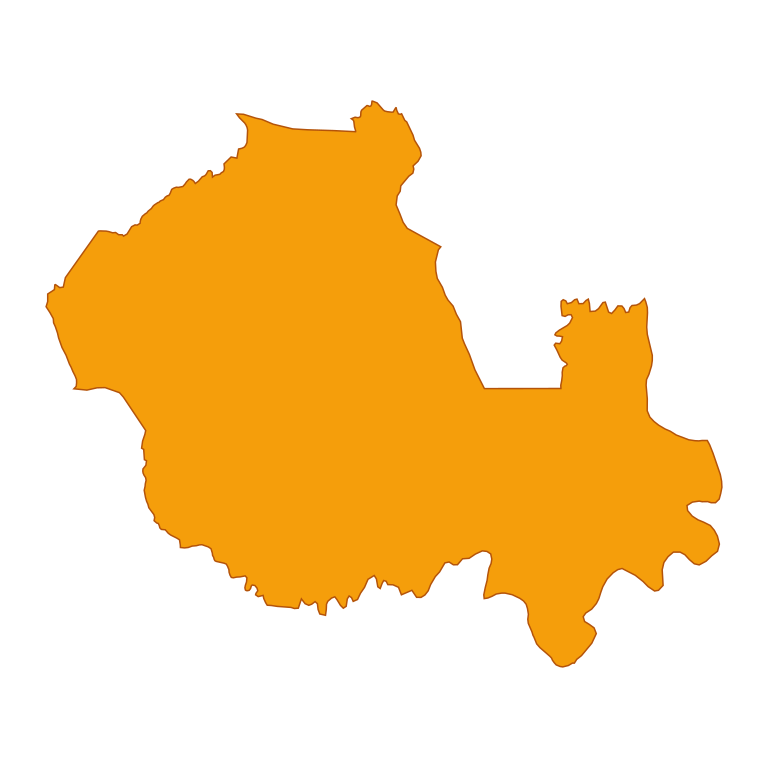 Mecatlán, Veracruz, Mexico
{"feature_id": "50627088B34984367598758", "entity_name": "Mecatlán", "entity_type": "district", "adm_level": 2, "iso_a3": "MEX", "parent_name": "Mexico", "parent_adm1": "Veracruz", "projection": "natural_earth1", "projection_center": [-97.65, 20.21], "detail": "fine", "context": "isolated", "style": "filled", "palette": "amber", "viewbox_px": 768, "rotation_deg": 0, "n_neighbors": 0, "source": "geoboundaries", "source_scale": "gbopen_adm2", "svg_char_len": 6103}
<svg xmlns="http://www.w3.org/2000/svg" viewBox="0 0 768 768"><path d="M574.4,663.1L576.7,659.4L581.5,655.6L591.8,643.2L596.3,633.6L594.1,627.9L589.3,624.4L584.6,621.5L583.2,616.7L585.8,613.0L591.7,609.1L596.3,603.6L598.8,598.7L600.9,592.0L602.8,586.7L607.1,579.0L613.2,572.7L617.8,569.6L622.1,568.5L635.3,575.3L643.1,581.5L648.1,586.6L654.6,591.0L658.5,590.3L663.1,585.4L662.2,569.8L663.9,562.5L668.0,556.7L673.4,552.1L680.1,552.1L684.9,554.7L689.4,559.6L694.3,563.8L699.2,564.9L706.1,561.2L711.7,555.8L717.5,551.3L719.4,544.1L717.4,536.1L714.3,530.3L710.3,525.5L703.7,522.2L697.9,519.8L692.2,516.1L687.6,510.6L687.0,505.5L692.4,502.1L699.2,501.1L702.1,501.7L707.7,501.6L711.1,502.7L715.5,502.7L719.2,499.1L720.7,493.5L721.9,487.3L721.6,481.3L720.3,474.5L713.0,453.2L709.7,444.9L707.3,440.5L701.9,440.5L698.8,440.9L695.0,440.7L688.8,439.8L676.2,435.0L670.2,431.2L665.1,429.0L658.7,425.2L654.0,421.5L649.9,417.2L647.2,410.8L647.3,398.9L646.1,385.2L646.5,379.6L648.9,374.4L651.5,365.9L652.3,360.4L652.3,355.3L647.3,334.4L646.7,327.1L647.5,312.8L647.3,307.5L645.8,301.9L644.5,298.6L639.6,303.6L636.4,305.1L632.0,305.5L630.1,307.6L628.7,312.1L625.7,312.5L624.0,308.5L621.9,306.0L617.9,305.9L614.9,310.0L611.6,313.5L608.6,312.1L605.3,302.1L602.9,302.6L598.6,308.6L595.3,311.1L590.1,311.5L589.4,303.5L588.3,299.1L586.0,300.5L583.1,303.6L578.9,303.7L577.0,299.1L574.7,299.7L571.4,302.6L567.3,303.7L565.8,300.9L563.2,299.7L561.2,301.4L561.0,306.3L562.1,315.6L565.1,316.4L568.1,314.8L571.1,314.7L572.5,317.6L569.7,323.1L567.2,325.5L559.4,330.1L555.9,332.8L554.9,334.8L556.9,336.0L559.6,336.1L562.5,336.7L561.6,341.1L559.8,343.7L555.7,343.2L554.2,345.1L556.8,349.9L560.2,357.3L562.1,360.1L566.4,363.0L567.3,364.3L566.1,365.8L564.9,366.1L563.0,367.8L562.2,372.3L562.3,375.7L561.7,380.7L560.8,385.2L560.9,388.5L484.4,388.6L474.9,369.8L469.4,354.5L464.4,343.6L462.3,338.2L460.5,321.7L456.4,314.3L453.1,306.1L448.0,300.1L445.2,295.2L442.4,287.3L437.3,278.5L435.9,271.3L435.4,262.0L438.4,249.8L440.8,246.8L407.3,228.4L403.1,222.3L400.0,214.2L396.1,204.9L397.2,196.0L400.2,191.2L400.8,185.8L408.8,176.2L412.9,173.1L413.8,169.1L413.1,165.9L418.0,161.3L421.1,155.8L420.8,152.2L419.5,148.3L414.5,140.2L413.0,135.1L406.7,121.9L404.8,120.4L401.6,113.8L400.2,114.3L398.4,113.9L396.7,110.2L396.2,107.8L395.9,107.7L395.5,108.1L393.2,112.0L391.8,112.2L387.4,111.7L384.6,111.0L383.2,109.9L377.1,102.9L372.6,101.1L372.0,101.2L371.6,104.4L370.9,105.9L370.2,106.3L369.2,106.3L367.7,105.6L366.9,105.6L361.6,110.2L360.9,111.9L360.7,115.5L360.4,116.7L359.2,117.4L357.8,117.7L355.1,117.2L351.3,118.7L353.0,119.9L353.8,121.2L354.5,127.0L355.7,131.1L355.6,131.7L333.4,130.6L307.9,129.8L292.7,128.9L273.2,124.2L262.1,119.5L256.0,118.2L243.6,114.3L236.6,113.9L239.5,117.8L244.7,123.0L246.0,125.0L247.1,127.5L247.6,130.1L247.0,142.5L245.8,145.2L244.5,147.0L242.2,148.2L238.6,149.0L236.9,158.1L231.1,157.0L224.0,163.9L224.4,167.2L224.3,169.4L223.6,171.2L222.5,172.2L221.5,172.6L219.8,174.3L215.0,175.2L212.5,177.1L212.1,172.4L210.4,170.7L208.2,170.8L206.0,174.6L204.6,175.9L202.2,176.8L198.4,181.2L195.3,183.5L193.9,181.4L192.7,180.3L190.7,179.2L189.1,179.2L186.5,181.9L185.0,184.1L182.9,186.5L178.4,187.4L176.3,187.2L173.6,188.2L171.7,189.4L170.2,193.3L168.9,195.4L167.3,195.8L165.3,197.2L163.5,199.6L160.3,201.0L158.8,202.4L157.9,202.6L154.4,204.9L153.1,206.1L151.4,208.5L148.3,211.0L146.6,213.1L145.5,213.6L142.3,216.3L140.8,219.2L140.3,221.2L140.1,223.3L137.2,225.1L135.0,224.9L131.6,226.7L127.1,234.0L123.5,236.1L122.4,234.8L118.6,234.7L115.6,232.5L112.6,232.8L108.8,231.6L106.1,231.1L99.9,230.9L98.4,231.1L65.4,277.6L63.3,287.1L59.7,287.6L55.5,284.6L54.8,284.9L54.4,289.6L47.7,294.0L47.7,301.5L46.1,306.7L49.9,312.5L53.3,318.6L53.6,322.8L55.4,326.8L57.5,333.0L58.6,337.9L62.0,347.5L66.1,355.3L69.5,364.2L71.1,367.2L72.9,371.5L75.1,375.9L76.5,379.5L76.6,382.8L76.2,386.4L73.9,388.8L86.9,390.1L97.1,387.8L105.1,387.6L119.5,392.7L123.4,397.1L145.7,430.5L144.9,434.3L142.6,441.1L141.6,448.2L143.7,449.4L144.4,459.7L146.5,460.7L145.9,465.3L143.0,468.9L142.8,471.1L143.1,473.1L144.1,475.3L145.6,477.6L146.1,480.2L145.3,483.8L145.1,486.2L144.2,490.3L145.5,497.4L146.6,501.3L147.9,504.2L148.8,507.7L153.9,514.6L154.7,517.5L154.1,520.7L156.7,523.0L158.3,523.5L159.3,525.7L159.8,527.8L161.3,529.4L165.3,529.8L168.3,533.3L170.8,535.1L176.6,538.0L179.5,539.8L180.3,544.9L180.4,547.5L184.5,547.9L188.2,547.5L192.1,546.1L196.4,545.7L199.4,544.9L202.0,544.7L208.3,546.9L211.0,548.7L212.3,553.0L212.6,555.5L213.6,557.2L214.2,559.4L214.9,560.7L216.2,561.4L224.1,563.2L226.3,564.1L227.5,566.2L228.9,569.6L229.1,572.3L230.0,575.1L231.3,577.4L233.3,577.8L236.6,577.1L240.0,576.9L245.2,575.9L246.9,577.8L246.5,582.0L245.4,585.2L244.9,587.8L245.4,590.0L246.3,590.6L247.6,590.7L249.2,590.3L250.5,588.6L251.3,586.0L252.2,585.0L254.9,585.5L257.0,588.1L257.8,590.8L256.0,593.3L255.6,594.8L258.2,596.6L263.1,595.4L263.8,598.6L265.6,602.6L267.2,605.2L271.4,605.5L277.3,606.4L291.0,607.4L294.4,608.5L298.3,608.2L301.4,598.9L305.1,603.7L308.8,605.3L311.7,604.2L315.1,601.6L317.4,603.7L318.1,609.5L319.8,614.0L325.5,615.3L326.3,609.4L326.5,604.2L327.8,601.3L331.5,598.1L334.8,596.8L336.9,599.5L340.5,605.4L343.3,608.2L346.2,606.3L347.3,598.9L349.1,596.0L351.5,597.6L353.2,601.4L357.5,599.5L360.5,593.2L364.5,587.4L368.0,579.3L374.2,575.5L376.4,578.9L377.8,586.8L380.2,588.5L382.2,583.2L383.7,580.5L386.2,581.3L387.8,584.6L393.0,584.8L398.5,587.3L401.4,594.8L411.9,590.3L416.6,597.3L421.0,597.4L424.9,595.0L428.2,590.8L430.6,584.6L435.3,576.6L439.6,571.9L444.9,562.9L449.1,562.0L453.4,564.8L457.5,564.7L462.5,558.8L469.1,558.3L475.5,554.0L482.3,550.9L486.9,551.4L490.7,553.9L491.8,559.1L491.1,563.5L489.1,568.2L487.8,575.0L487.1,580.4L485.3,587.4L483.8,594.8L484.2,598.6L487.9,598.0L492.0,596.3L496.3,594.0L501.7,593.1L505.0,593.1L512.2,594.7L519.8,598.3L523.6,601.0L526.2,604.3L527.5,608.6L528.4,614.3L527.8,619.3L528.3,623.4L531.9,631.7L533.0,635.3L533.9,637.0L536.7,643.9L540.0,647.7L549.8,656.2L551.5,658.0L552.5,660.3L554.3,662.8L556.2,664.9L560.1,666.5L562.8,666.9L568.4,665.5L572.4,663.1L574.4,663.1Z" fill="#f59e0b" stroke="#b45309" stroke-width="1.5"/></svg>